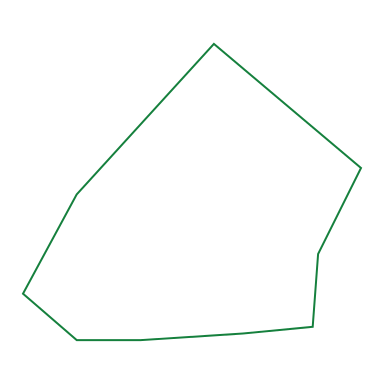 the state/province of Cospicua
{"feature_id": "MLT-5955", "entity_name": "Cospicua", "entity_type": "state/province", "adm_level": 1, "iso_a3": "MLT", "parent_name": "Malta", "parent_adm1": "", "projection": "albers", "projection_center": [14.521, 35.88], "detail": "fine", "context": "isolated", "style": "outline", "palette": "green", "viewbox_px": 384, "rotation_deg": 0, "n_neighbors": 0, "source": "natural_earth", "source_scale": "10m", "svg_char_len": 243}
<svg xmlns="http://www.w3.org/2000/svg" viewBox="0 0 384 384"><path d="M361.0,168.0L318.1,254.0L312.7,326.8L243.0,333.5L141.0,340.1L76.7,340.1L23.0,293.7L76.7,194.4L213.9,43.9L361.0,168.0Z" fill="none" stroke="#15803d" stroke-width="2"/></svg>